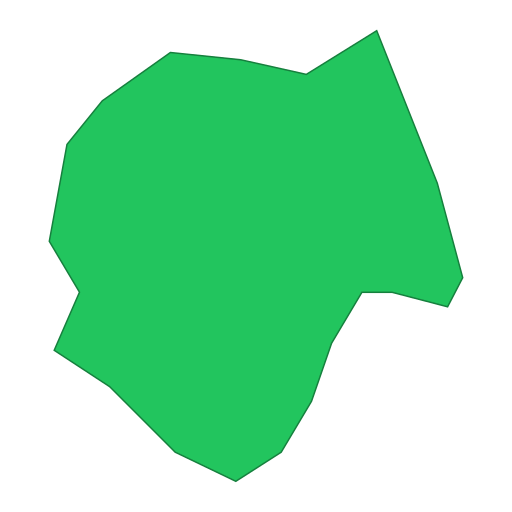 map outline of Pécs (orthographic projection)
{"feature_id": "HUN-4913", "entity_name": "Pécs", "entity_type": "Urban county", "adm_level": 1, "iso_a3": "HUN", "parent_name": "Hungary", "parent_adm1": "", "projection": "orthographic", "projection_center": [18.248, 46.078], "detail": "fine", "context": "isolated", "style": "filled", "palette": "green", "viewbox_px": 512, "rotation_deg": 0, "n_neighbors": 0, "source": "natural_earth", "source_scale": "10m", "svg_char_len": 375}
<svg xmlns="http://www.w3.org/2000/svg" viewBox="0 0 512 512"><path d="M376.7,30.7L437.3,183.2L462.7,277.7L447.6,306.8L392.1,292.3L361.9,292.3L331.6,343.2L311.5,401.3L281.2,452.2L235.8,481.3L175.2,452.2L109.7,386.7L54.2,350.3L79.5,292.2L49.3,241.3L67.0,144.4L102.3,100.8L170.4,52.5L240.9,59.8L306.3,74.4L376.7,30.7Z" fill="#22c55e" stroke="#15803d" stroke-width="1.5"/></svg>